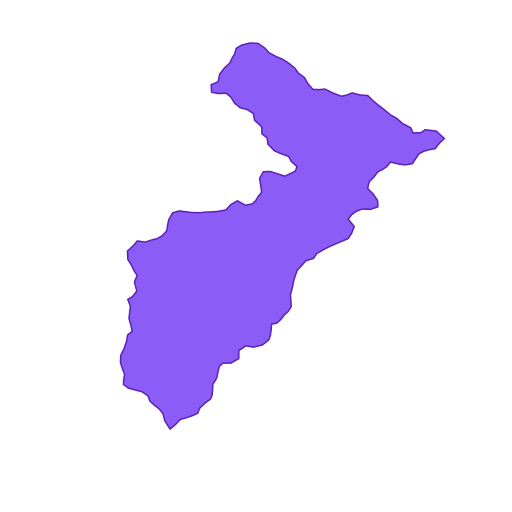 Faria Lemos, Minas Gerais, Brazil, rotated 296°
{"feature_id": "56859067B53292511208538", "entity_name": "Faria Lemos", "entity_type": "district", "adm_level": 2, "iso_a3": "BRA", "parent_name": "Brazil", "parent_adm1": "Minas Gerais", "projection": "equal_earth", "projection_center": [-42.029, -20.786], "detail": "fine", "context": "isolated", "style": "filled", "palette": "violet", "viewbox_px": 512, "rotation_deg": 296, "n_neighbors": 0, "source": "geoboundaries", "source_scale": "gbopen_adm2", "svg_char_len": 2515}
<svg xmlns="http://www.w3.org/2000/svg" viewBox="0 0 512 512"><g transform="rotate(296 256 256)"><path d="M383.7,144.3L385.6,151.2L389.2,157.7L387.9,163.5L384.0,169.7L382.3,176.7L383.7,183.6L383.0,191.0L377.4,195.2L374.6,204.5L368.4,207.7L367.0,214.3L361.8,217.6L358.6,226.5L359.0,234.9L359.8,241.7L356.4,246.4L354.4,253.7L349.5,254.1L345.5,251.0L340.4,247.0L339.2,238.2L338.1,231.5L334.9,225.6L327.3,225.2L320.6,229.9L315.7,233.2L310.9,231.9L305.9,231.5L301.3,229.9L297.0,224.3L297.5,215.1L291.1,210.8L284.2,208.7L279.5,202.4L276.0,196.5L273.4,191.5L270.3,186.6L266.9,179.2L264.7,172.7L262.8,167.1L258.2,162.1L250.5,161.7L245.6,162.8L239.6,164.8L233.2,162.8L228.6,159.8L224.9,155.5L219.9,150.3L217.5,142.7L211.5,141.2L204.1,138.3L196.7,142.3L193.1,148.2L189.3,152.8L186.5,157.7L179.5,158.1L172.2,164.2L165.5,162.8L160.8,159.8L155.8,165.1L150.5,167.0L144.3,169.1L138.7,174.1L134.0,177.7L128.8,175.2L122.6,177.1L114.8,178.0L107.4,178.0L101.1,180.7L96.8,184.7L92.0,189.8L87.6,191.0L82.4,193.2L81.3,199.2L82.5,205.4L84.0,213.0L82.9,220.3L79.1,224.2L77.3,230.3L76.1,236.2L73.3,241.7L67.8,246.4L62.8,254.6L68.7,257.3L75.8,259.6L80.7,264.9L85.1,269.3L89.2,272.5L94.5,272.1L101.7,274.8L107.4,277.8L112.1,277.5L117.0,275.5L121.6,273.5L129.1,274.2L135.7,272.5L140.8,271.5L145.1,273.1L148.8,280.5L156.3,285.5L163.5,282.0L170.9,286.4L172.9,293.6L178.8,300.7L186.2,304.3L191.1,303.7L196.3,302.0L201.6,299.9L204.9,304.2L210.1,306.2L215.6,307.3L220.2,309.2L226.1,309.8L231.7,306.6L236.4,303.9L243.4,302.6L250.2,300.7L255.6,299.9L261.2,299.3L267.5,301.2L273.6,302.9L279.1,308.8L284.9,309.5L290.3,313.2L295.3,316.8L301.3,321.8L307.3,327.1L312.0,331.1L318.1,332.0L325.5,331.4L329.6,322.7L335.4,324.0L340.3,326.7L344.5,330.5L348.3,338.7L353.6,344.0L359.1,341.0L363.0,334.3L365.7,326.7L372.6,325.2L378.8,327.4L385.1,328.6L389.1,331.7L393.6,334.3L399.4,335.7L401.2,344.0L403.3,350.2L407.6,356.2L414.0,356.9L419.5,357.8L423.6,360.8L427.2,364.7L431.0,370.0L437.9,371.4L444.2,373.7L447.3,363.2L443.6,352.6L439.3,350.3L435.4,343.2L439.1,338.7L439.3,329.7L441.4,322.1L441.8,314.9L443.8,306.9L445.6,298.0L447.2,291.9L449.2,286.1L446.3,278.8L444.8,271.0L440.4,267.0L437.0,262.6L436.2,253.4L436.2,244.7L433.2,239.8L430.7,234.1L433.5,227.3L437.6,221.4L438.9,214.0L441.9,208.4L443.6,201.1L444.5,193.9L444.1,186.3L444.4,178.6L446.8,172.7L448.0,164.7L444.8,157.1L439.1,150.5L434.0,147.2L428.3,148.2L423.3,147.8L417.8,147.8L411.3,145.2L403.4,143.6L396.0,145.6L390.3,140.6L383.7,144.3Z" fill="#8b5cf6" stroke="#5b21b6" stroke-width="1.5"/></g></svg>